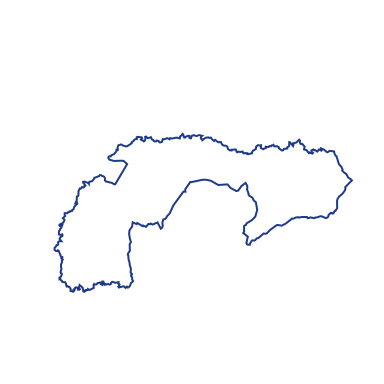 Dourados, Mato Grosso do Sul, Brazil (Albers equal-area conic projection), rotated 160°
{"feature_id": "56859067B88197620775850", "entity_name": "Dourados", "entity_type": "district", "adm_level": 2, "iso_a3": "BRA", "parent_name": "Brazil", "parent_adm1": "Mato Grosso do Sul", "projection": "albers", "projection_center": [-54.825, -22.161], "detail": "fine", "context": "isolated", "style": "outline", "palette": "blue", "viewbox_px": 384, "rotation_deg": 160, "n_neighbors": 0, "source": "geoboundaries", "source_scale": "gbopen_adm2", "svg_char_len": 6074}
<svg xmlns="http://www.w3.org/2000/svg" viewBox="0 0 384 384"><g transform="rotate(160 192 192)"><path d="M258.6,253.4L259.0,252.5L258.6,250.8L258.1,250.3L254.8,247.9L246.9,245.3L245.5,244.4L243.4,240.4L261.4,225.6L262.3,225.7L264.1,227.9L269.3,231.4L269.8,232.6L269.1,234.9L269.2,236.0L269.7,236.9L271.4,238.2L271.8,239.0L272.7,239.4L274.1,238.7L279.0,238.7L279.4,238.0L282.2,236.3L285.0,236.7L285.7,236.2L286.1,235.0L286.4,235.9L289.4,238.5L290.8,238.8L291.0,237.7L290.2,235.6L290.7,235.0L290.2,234.3L292.5,233.4L293.6,234.3L295.3,233.2L296.2,233.7L298.5,231.4L299.8,227.8L300.7,227.1L301.7,227.1L303.2,223.6L305.2,221.5L303.7,221.5L303.8,220.2L307.6,218.5L309.3,216.3L311.1,215.8L311.4,215.2L313.6,215.7L314.0,215.1L315.7,215.3L316.4,214.7L318.9,215.6L319.6,213.9L319.4,212.8L322.3,211.6L321.3,209.5L322.6,207.9L324.1,207.1L327.6,206.7L328.0,206.2L327.8,205.2L325.4,205.1L327.4,202.8L328.6,202.3L328.9,201.5L330.3,200.8L330.9,199.6L331.5,197.5L329.6,196.5L328.5,196.6L328.4,195.7L329.1,194.8L331.2,194.6L332.5,193.1L331.6,190.4L333.2,191.1L334.9,190.8L335.6,188.7L336.4,188.1L337.5,188.4L337.9,187.6L340.0,186.7L340.6,185.7L340.9,184.7L340.0,183.0L338.4,182.5L337.9,183.0L337.4,182.4L337.2,175.7L336.1,175.2L336.3,174.4L337.4,174.3L337.3,173.4L336.7,172.6L337.8,171.8L338.0,170.7L339.8,168.8L340.8,166.2L340.9,164.5L343.0,161.5L342.9,160.5L342.3,159.9L342.6,159.0L344.0,157.4L345.9,156.8L346.2,155.8L345.5,156.1L345.4,153.9L344.7,153.2L344.7,152.1L343.7,151.2L342.0,150.6L341.8,148.7L342.2,146.9L341.9,145.9L341.1,146.1L340.2,144.8L339.6,144.6L339.2,142.0L340.0,140.7L337.8,138.9L337.1,139.1L337.2,140.3L336.3,140.9L335.8,140.3L334.4,142.1L333.4,142.0L332.4,141.4L332.6,139.3L331.3,138.7L330.6,139.1L331.2,140.2L329.5,143.0L327.5,139.5L328.1,135.8L327.5,135.1L326.0,135.4L326.1,136.1L325.4,136.3L323.5,135.6L323.0,136.4L322.0,135.2L321.3,135.0L317.1,135.5L316.3,138.3L315.4,139.0L314.9,138.2L313.3,137.9L311.8,138.7L308.7,138.2L309.2,136.6L308.0,135.4L306.7,138.5L305.9,138.1L306.1,137.1L305.4,135.8L306.1,135.3L305.6,134.6L302.4,134.3L300.9,133.0L299.5,133.5L298.9,134.5L297.7,134.9L295.1,132.9L291.9,132.4L292.6,131.0L291.9,130.4L291.8,129.5L293.6,128.2L293.4,127.3L288.6,126.8L288.0,126.4L287.3,124.7L285.5,125.3L285.2,124.2L284.4,124.1L282.6,124.8L280.6,127.2L278.1,128.2L277.8,129.0L278.2,130.1L277.5,132.0L278.0,134.0L277.6,134.7L276.7,134.9L276.5,135.7L277.3,137.2L275.6,140.9L275.5,144.5L274.8,147.2L274.7,150.2L273.6,154.1L273.8,155.1L272.7,156.5L270.5,158.0L268.5,164.1L266.5,165.9L266.2,170.1L265.4,174.2L263.9,177.3L260.0,180.1L258.1,183.8L255.1,180.8L254.1,181.6L250.0,176.7L249.4,177.2L247.1,175.0L243.9,176.9L242.5,176.1L241.7,176.5L240.2,174.9L234.8,175.2L233.9,168.2L232.6,168.6L231.1,170.0L230.3,173.4L228.4,176.0L226.6,175.8L225.3,176.4L223.4,178.0L220.5,179.3L214.0,185.9L199.9,195.3L198.1,194.5L197.4,196.9L190.1,202.0L189.2,201.5L178.0,199.9L174.8,198.8L170.4,196.1L164.9,189.6L156.0,187.0L154.5,182.8L150.1,177.8L148.1,177.5L143.5,180.7L138.6,182.2L138.0,179.0L138.7,176.7L139.4,175.8L139.4,171.3L139.8,170.2L139.4,168.8L137.2,166.1L136.8,162.8L135.5,160.5L136.8,153.0L140.6,147.6L141.5,146.9L145.2,145.1L151.4,143.9L152.6,142.6L154.3,142.5L155.0,141.6L156.6,136.8L157.9,135.9L154.8,131.0L158.3,125.5L158.3,124.3L157.6,123.4L155.8,122.7L155.5,123.4L152.7,125.7L151.8,125.9L149.9,125.0L149.2,125.1L147.0,126.3L145.5,126.0L138.9,128.5L137.3,127.6L135.6,127.6L131.7,129.6L124.8,131.6L123.1,131.9L119.2,129.7L115.0,130.2L107.0,132.8L105.5,132.2L103.6,132.6L101.0,132.1L100.4,131.4L97.5,131.0L92.4,129.1L92.3,127.9L91.2,127.5L89.6,127.7L86.0,125.6L85.1,125.9L83.5,125.4L79.7,125.3L78.5,124.8L75.0,121.6L73.2,121.8L72.4,122.3L71.4,123.8L68.8,124.9L67.8,124.7L67.6,123.8L66.4,123.6L64.3,125.5L63.6,125.2L61.1,127.2L58.7,134.1L57.5,135.8L55.3,137.4L51.4,138.8L48.3,140.8L46.7,142.5L46.3,144.2L37.8,148.2L38.1,149.1L40.4,152.5L40.7,155.8L42.6,158.6L43.5,160.8L42.8,161.7L43.1,164.8L44.4,167.8L44.0,176.4L44.6,177.0L45.0,179.4L44.6,181.5L48.6,183.6L51.0,183.0L51.9,183.7L53.2,186.3L55.8,188.9L56.3,188.0L55.7,187.0L56.3,186.6L58.0,188.6L60.4,187.1L62.0,189.3L62.9,189.4L63.4,190.5L65.6,190.2L65.9,189.0L64.9,187.4L65.7,186.9L67.0,188.0L68.8,188.6L68.6,189.4L69.3,189.7L70.0,192.1L72.2,193.7L70.6,196.1L72.1,199.7L73.0,199.7L73.6,200.3L73.7,201.7L73.0,203.4L73.4,204.5L77.1,202.8L80.2,203.2L80.3,202.1L81.3,200.6L81.7,201.4L81.1,202.2L82.3,203.1L82.9,205.2L83.6,205.6L84.8,202.3L85.4,201.7L87.1,201.5L87.6,200.3L91.0,201.0L92.1,200.0L93.2,200.2L95.5,203.4L95.1,204.3L96.3,205.9L99.0,206.7L99.3,208.4L100.0,208.1L100.9,208.6L102.0,207.9L103.5,208.7L104.1,208.2L105.2,208.3L107.2,209.3L107.7,207.9L109.5,208.1L110.4,207.8L112.2,209.8L111.2,212.4L112.4,212.4L114.0,213.5L116.3,212.6L117.3,210.5L120.5,210.0L122.0,208.8L122.3,207.9L126.3,208.3L127.1,208.8L126.8,209.5L127.7,209.7L128.3,210.4L130.1,210.5L130.7,211.5L130.6,212.7L133.0,213.1L134.6,214.1L135.9,213.8L136.3,214.4L136.4,217.0L140.3,218.2L140.6,217.5L142.3,218.3L143.5,220.2L143.3,222.6L144.4,223.9L146.5,224.9L147.6,226.6L147.8,229.1L150.4,229.8L152.5,233.1L153.8,232.4L155.1,234.5L155.7,236.7L157.3,236.9L158.0,237.8L160.8,238.3L164.4,237.2L164.2,238.0L165.0,238.3L165.3,239.6L164.6,240.7L163.2,241.3L165.9,243.1L168.7,243.0L170.9,244.8L172.8,244.9L174.7,242.8L175.4,243.1L175.9,243.8L175.2,245.5L176.3,246.1L179.3,246.1L180.0,245.5L180.8,246.0L180.6,249.2L181.0,249.8L182.6,248.7L184.1,248.3L185.2,246.5L187.1,248.0L188.8,248.6L192.1,249.0L194.3,250.0L195.0,249.2L196.7,251.0L200.4,251.1L201.4,251.7L203.0,249.4L204.9,249.4L205.6,249.8L206.0,251.5L207.7,252.4L208.3,251.8L210.3,252.6L210.7,254.1L211.7,255.2L211.9,257.6L212.7,257.4L215.3,257.9L216.3,259.9L217.2,259.8L217.3,258.4L217.9,257.4L219.2,256.1L219.9,256.0L220.2,256.9L221.8,258.0L222.1,258.8L220.5,259.5L220.6,260.6L224.3,262.4L225.2,262.4L225.6,260.7L228.0,261.0L229.6,259.9L231.7,259.4L232.0,258.4L237.3,257.2L238.2,257.3L240.9,259.2L242.4,261.0L245.4,261.0L247.0,258.8L246.9,257.9L247.4,256.9L248.5,257.5L249.2,256.0L252.3,254.3L255.4,254.0L256.3,253.3L257.4,253.9L258.6,253.4Z" fill="none" stroke="#1e3a8a" stroke-width="2"/></g></svg>